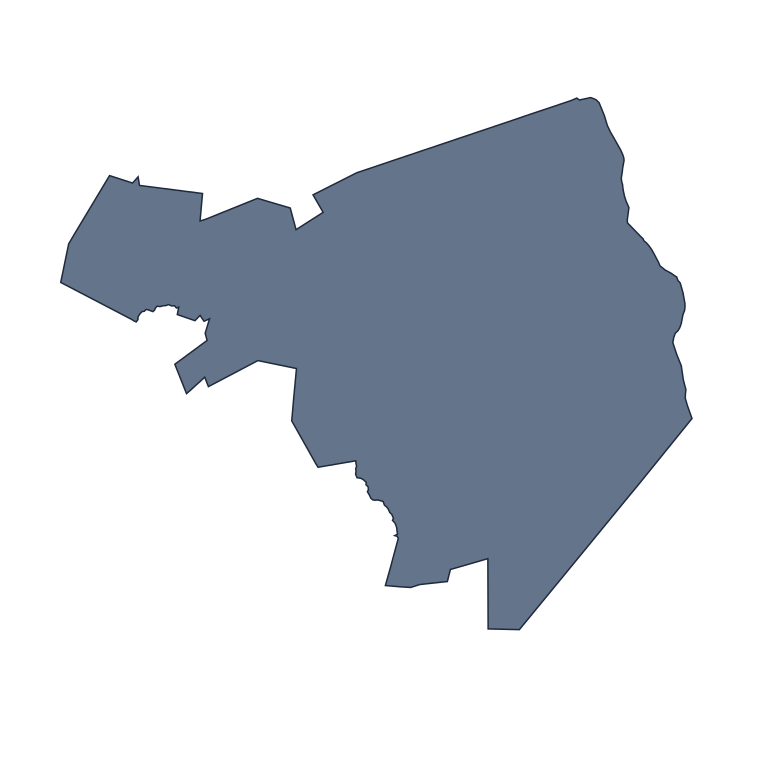 the district of Pimenteiras, Piauí, Brazil, rotated 353°
{"feature_id": "56859067B57071973654521", "entity_name": "Pimenteiras", "entity_type": "district", "adm_level": 2, "iso_a3": "BRA", "parent_name": "Brazil", "parent_adm1": "Piauí", "projection": "robinson", "projection_center": [-41.189, -6.401], "detail": "fine", "context": "isolated", "style": "filled", "palette": "slate", "viewbox_px": 768, "rotation_deg": 353, "n_neighbors": 0, "source": "geoboundaries", "source_scale": "gbopen_adm2", "svg_char_len": 2316}
<svg xmlns="http://www.w3.org/2000/svg" viewBox="0 0 768 768"><g transform="rotate(353 384 384)"><path d="M141.6,289.3L143.5,290.9L145.6,292.2L147.6,290.2L148.1,287.3L150.1,284.9L152.5,282.7L155.0,282.6L156.9,281.0L159.3,281.8L161.0,282.7L163.5,284.0L165.3,282.7L166.4,280.8L168.2,279.1L171.1,279.9L174.4,279.4L176.9,279.6L179.7,278.9L182.7,280.6L185.6,280.8L187.2,283.3L189.6,282.7L187.3,289.9L204.1,298.1L209.8,293.5L213.0,299.8L218.8,298.0L212.7,311.8L213.7,319.2L178.8,338.9L186.8,369.5L191.0,366.7L206.9,355.4L209.4,365.2L261.7,345.4L296.1,357.0L299.0,358.0L292.4,388.2L290.0,399.6L287.9,409.3L306.8,455.2L308.4,458.6L346.6,456.8L346.5,459.1L346.7,462.7L345.6,464.5L345.6,467.2L344.8,470.0L345.8,473.7L349.6,474.8L352.2,476.8L354.4,479.5L353.8,481.8L355.7,484.1L355.6,487.1L354.4,488.9L356.1,492.8L357.0,495.7L358.8,497.7L360.7,498.2L363.9,498.4L368.8,500.5L369.7,504.4L371.5,506.2L372.9,508.5L374.1,512.3L375.7,514.1L377.0,518.4L375.8,520.4L377.8,523.1L378.6,525.6L379.1,528.5L379.0,532.1L379.1,534.7L376.2,535.8L378.4,536.7L379.4,538.8L368.0,567.0L360.8,584.2L373.1,586.8L374.9,587.2L385.7,589.2L395.2,587.4L422.8,587.8L427.3,576.2L465.8,570.0L457.5,639.8L488.4,644.3L552.8,583.0L612.8,525.8L623.9,515.3L685.5,455.8L682.5,442.3L681.3,434.9L682.0,430.5L683.0,426.2L682.5,423.1L681.6,416.1L681.3,402.2L680.4,398.8L678.1,390.1L675.7,378.1L677.4,372.8L679.4,369.0L682.0,367.2L684.1,364.7L685.3,362.5L686.5,360.0L689.1,351.8L691.3,347.7L692.2,344.0L692.5,340.8L691.9,330.1L690.7,322.0L690.2,319.6L688.4,317.1L687.5,313.3L685.8,312.1L682.8,309.3L676.7,304.9L672.3,300.3L671.3,296.7L668.0,288.0L666.1,283.3L663.9,279.2L661.6,275.8L659.4,273.5L658.9,271.5L656.7,268.8L645.3,253.8L645.5,250.6L648.6,238.8L646.5,231.8L645.5,226.2L645.1,221.0L645.0,218.3L645.1,215.2L644.6,212.3L644.6,208.6L646.5,202.0L647.2,198.8L649.5,191.4L649.6,189.0L649.0,185.7L647.4,180.5L641.9,167.2L639.6,161.9L637.2,154.7L635.4,144.3L631.8,131.1L629.3,127.9L627.0,126.4L624.0,124.9L612.5,125.9L610.2,123.7L604.1,125.5L556.5,135.2L553.0,136.0L488.8,149.2L425.0,162.3L382.7,171.0L336.6,187.6L344.5,206.2L315.5,220.1L312.4,197.9L296.7,191.1L281.1,184.3L226.8,198.8L221.3,199.8L227.1,172.8L165.5,157.1L165.2,148.4L158.9,153.9L137.0,143.7L95.9,196.3L88.1,206.5L75.5,243.8L141.6,289.3Z" fill="#64748b" stroke="#1e293b" stroke-width="1.5"/></g></svg>